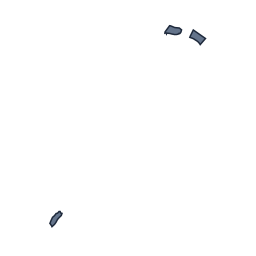 outline of 'Uiha, Tonga, rotated 276°
{"feature_id": "48082658B47865873518539", "entity_name": "'Uiha", "entity_type": "district", "adm_level": 2, "iso_a3": "TON", "parent_name": "Tonga", "parent_adm1": "", "projection": "mercator", "projection_center": [-174.456, -19.868], "detail": "fine", "context": "isolated", "style": "filled", "palette": "slate", "viewbox_px": 256, "rotation_deg": 276, "n_neighbors": 0, "source": "geoboundaries", "source_scale": "gbopen_adm2", "svg_char_len": 1059}
<svg xmlns="http://www.w3.org/2000/svg" viewBox="0 0 256 256"><g transform="rotate(276 128 128)"><path d="M224.4,180.8L224.1,182.1L223.7,183.6L223.0,185.0L222.5,186.0L221.7,187.6L221.0,188.7L219.9,189.9L219.3,190.5L218.5,191.1L225.1,195.7L232.3,182.7L226.1,180.4L224.6,180.0L224.4,180.8ZM232.8,163.9L233.8,160.7L233.7,160.6L234.1,159.4L234.1,158.7L227.4,154.8L226.2,154.8L226.6,155.7L226.4,156.5L225.9,156.3L225.7,156.4L226.4,156.6L226.4,158.1L226.4,158.6L226.4,158.9L226.4,159.3L226.4,159.6L226.4,159.9L226.3,160.4L226.2,160.9L226.1,161.4L226.1,161.7L226.0,162.3L226.0,163.2L225.8,164.3L225.9,165.2L226.0,166.2L226.2,166.9L226.4,167.6L226.8,168.1L226.8,168.7L227.4,168.8L227.5,169.8L228.9,170.6L231.2,171.0L232.8,168.6L232.8,165.6L232.8,163.9ZM29.1,67.2L30.7,68.1L34.0,70.8L36.2,71.3L36.5,69.9L37.9,69.2L37.8,68.2L35.9,66.8L35.4,65.4L34.6,65.0L32.6,63.6L31.8,62.8L31.3,62.3L29.5,61.7L27.8,61.1L24.9,60.3L24.4,60.9L23.8,61.2L23.4,61.7L22.6,62.5L22.2,62.5L21.9,62.7L24.5,65.0L26.6,66.2L29.1,67.2Z" fill="#64748b" stroke="#1e293b" stroke-width="1.5"/></g></svg>